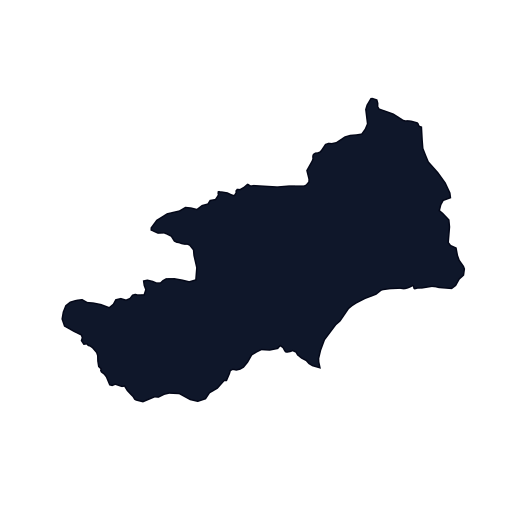 outline of Manawatu-Wanganui, rotated 258°
{"feature_id": "NZL-3334", "entity_name": "Manawatu-Wanganui", "entity_type": "Regional Council", "adm_level": 1, "iso_a3": "NZL", "parent_name": "New Zealand", "parent_adm1": "", "projection": "mercator", "projection_center": [175.592, -39.627], "detail": "fine", "context": "isolated", "style": "filled", "palette": "ink", "viewbox_px": 512, "rotation_deg": 258, "n_neighbors": 0, "source": "natural_earth", "source_scale": "10m", "svg_char_len": 3291}
<svg xmlns="http://www.w3.org/2000/svg" viewBox="0 0 512 512"><g transform="rotate(258 256 256)"><path d="M183.6,440.6L187.2,428.4L188.7,425.3L189.8,421.7L190.3,411.6L191.1,407.5L191.1,406.6L191.0,405.4L191.0,404.4L191.5,403.9L192.5,403.9L193.8,403.7L194.6,403.1L193.8,400.4L193.3,397.6L193.2,395.0L193.4,393.5L194.6,390.3L196.3,380.1L196.8,373.0L196.6,371.2L195.8,369.6L193.7,365.4L191.9,353.8L189.3,344.2L187.5,339.5L185.4,335.5L175.1,324.7L172.3,319.7L159.9,305.5L150.4,299.5L142.8,295.9L139.3,295.3L133.4,295.3L137.0,288.5L139.8,285.5L143.3,283.5L146.7,279.4L150.6,276.2L153.7,275.2L155.9,272.2L155.5,269.7L155.6,266.3L156.2,265.0L157.6,264.4L160.7,263.5L163.3,261.2L162.3,259.5L161.1,258.0L161.2,249.8L163.4,241.8L162.1,236.6L160.2,231.2L153.9,225.6L149.9,220.6L148.7,216.9L148.6,213.0L149.4,211.3L150.0,209.5L149.3,207.0L146.5,205.5L140.4,201.2L140.8,198.8L134.8,190.7L131.9,182.0L126.9,176.9L126.0,168.8L129.3,161.8L137.4,152.4L140.0,142.6L139.9,137.5L138.3,131.2L139.4,127.6L138.3,121.9L137.0,115.1L140.0,109.0L140.5,108.3L141.2,107.6L144.1,106.6L146.4,105.1L151.2,102.2L156.3,100.4L156.2,98.9L156.5,97.4L159.9,91.7L159.3,88.4L160.4,86.2L168.9,84.6L172.0,83.1L174.8,80.7L176.4,80.4L177.9,81.1L179.1,80.2L180.6,79.2L186.1,79.5L191.5,80.5L194.8,80.1L200.3,77.1L202.6,75.0L203.1,73.8L203.9,73.0L205.3,72.3L205.5,69.3L209.5,67.7L212.2,69.2L215.1,68.8L220.1,62.4L227.3,54.2L234.7,53.3L241.2,55.9L246.9,59.7L249.4,64.7L249.8,69.8L249.8,72.1L249.4,76.8L245.5,81.2L243.8,87.0L240.7,94.2L235.9,101.7L238.4,106.5L242.3,109.8L242.4,114.9L239.8,119.7L240.6,124.0L243.3,127.1L243.5,129.9L242.4,132.1L241.2,138.5L246.0,141.3L250.5,140.6L254.9,140.9L254.9,144.7L252.6,149.6L250.2,153.0L249.4,157.0L251.2,159.9L252.3,163.4L250.7,171.4L247.7,178.8L244.6,185.3L245.1,192.2L256.9,195.7L269.4,195.5L275.0,196.2L280.4,193.5L281.9,191.4L282.5,188.6L283.6,186.0L285.1,183.6L286.0,181.3L287.6,179.3L293.0,177.3L296.6,172.8L297.0,171.9L297.7,171.3L298.8,164.9L303.2,158.9L305.3,159.4L311.5,166.4L315.7,178.0L315.9,190.5L318.1,197.1L316.4,202.4L313.7,207.9L316.5,213.8L316.8,219.8L319.8,222.7L319.6,228.1L322.4,231.0L323.8,232.1L325.1,232.0L326.0,232.3L326.6,232.5L326.6,233.2L326.1,234.1L325.6,236.0L323.6,241.1L321.2,244.2L319.9,246.3L319.7,247.4L320.3,248.2L322.3,250.0L323.7,250.0L325.0,251.5L324.2,254.2L325.7,258.8L327.8,262.6L327.2,263.7L326.1,264.1L325.4,266.1L325.3,268.4L319.0,291.2L317.5,303.0L314.5,316.6L314.4,317.9L314.9,320.0L317.4,323.2L320.1,323.9L329.0,323.6L337.1,330.7L339.1,332.0L341.3,332.3L342.4,332.7L343.4,333.4L344.2,335.5L343.9,337.9L344.4,340.5L346.0,342.5L350.6,347.2L351.0,350.5L350.1,353.4L350.1,358.2L353.9,367.8L354.3,373.3L353.5,379.4L353.2,384.8L357.3,389.3L362.0,392.6L376.5,393.9L380.5,396.1L386.0,401.2L385.8,402.6L383.5,406.6L380.1,406.8L376.7,406.0L374.1,406.9L366.2,419.8L358.1,428.0L356.9,430.3L356.7,432.1L356.1,434.2L355.4,436.1L352.7,441.3L351.8,441.9L349.6,442.2L348.6,443.0L347.7,444.6L334.9,442.6L326.5,441.5L319.2,442.7L312.2,444.0L299.7,451.1L288.1,456.2L277.3,458.7L272.6,458.3L271.5,450.6L267.8,447.4L262.3,444.7L258.7,447.5L251.2,452.1L244.2,451.3L229.2,446.8L225.8,448.4L222.2,453.3L218.6,453.2L214.6,453.1L209.5,453.8L202.7,456.7L200.0,457.1L194.2,455.0L191.2,449.9L185.7,445.1L183.6,440.6Z" fill="#0f172a" stroke="#020617" stroke-width="1.5"/></g></svg>